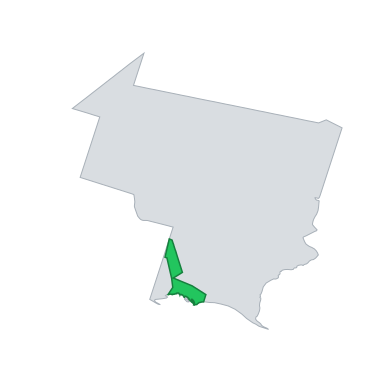 Chami, Inchiri, Mauritania shown in context, rotated 288°
{"feature_id": "47542326B60250303477597", "entity_name": "Chami", "entity_type": "district", "adm_level": 2, "iso_a3": "MRT", "parent_name": "Mauritania", "parent_adm1": "Inchiri", "projection": "robinson", "projection_center": [-16.149, 20.164], "detail": "fine", "context": "in_parent", "style": "filled", "palette": "green", "viewbox_px": 384, "rotation_deg": 288, "n_neighbors": 0, "source": "geoboundaries", "source_scale": "gbopen_adm2", "svg_char_len": 5457}
<svg xmlns="http://www.w3.org/2000/svg" viewBox="0 0 384 384"><g transform="rotate(288 192 192)"><path d="M167.8,330.2L167.4,330.0L165.3,328.4L164.3,326.5L162.6,325.0L160.4,324.1L158.9,323.0L158.2,321.8L157.4,320.9L156.5,320.5L156.4,320.1L156.6,319.5L156.4,318.3L155.1,315.8L153.8,314.7L152.8,314.9L152.2,314.6L151.8,314.0L151.7,313.2L150.9,312.5L149.7,312.2L148.7,310.3L147.9,306.9L146.9,304.2L145.7,302.3L144.8,301.6L144.2,301.5L144.0,301.2L143.8,300.6L142.9,300.4L141.5,301.0L140.4,300.8L139.8,299.9L139.0,299.8L137.9,300.6L136.8,300.4L135.5,299.1L134.8,297.9L134.7,296.7L132.5,294.3L128.4,290.7L123.8,289.1L118.9,289.3L116.2,289.1L115.6,288.5L115.0,288.6L114.3,289.2L113.7,289.4L113.0,289.0L112.6,289.3L112.4,290.2L110.7,290.7L107.4,290.7L104.7,291.3L102.7,292.4L99.9,292.9L96.2,292.7L93.9,292.3L93.2,291.6L92.1,291.5L90.7,291.8L89.5,293.6L88.4,296.8L87.5,298.6L86.8,299.1L86.0,301.5L85.6,305.5L85.0,307.3L85.0,297.3L86.0,293.5L86.4,290.3L88.6,283.0L91.3,277.1L93.8,269.2L94.8,261.6L94.4,254.2L93.7,247.5L92.4,243.1L91.2,236.8L89.4,233.4L86.1,230.5L85.4,228.8L86.2,228.2L88.2,227.7L89.4,225.5L86.7,226.3L89.9,219.3L90.8,214.6L90.7,211.5L91.3,209.5L88.9,205.4L87.0,200.1L86.1,199.3L85.1,198.8L85.0,200.1L84.5,201.2L83.3,200.5L81.3,196.7L78.5,190.4L77.5,189.8L76.6,190.6L76.1,191.5L75.1,196.7L74.8,194.6L75.2,192.2L75.9,189.2L76.8,185.0L79.2,185.0L83.6,185.0L92.5,185.0L96.9,185.0L105.7,185.0L110.1,185.0L119.0,185.0L123.4,185.0L132.2,184.9L136.7,184.9L145.5,184.9L149.9,184.9L152.8,184.9L152.6,182.0L152.5,179.6L152.3,176.5L152.1,173.3L151.9,170.2L151.7,167.2L151.5,164.3L151.3,161.6L151.2,159.0L150.9,157.6L150.0,154.7L149.8,153.3L150.0,151.8L150.6,150.4L152.3,147.8L154.9,145.8L157.9,143.5L160.2,141.8L161.4,141.4L164.9,140.7L167.8,139.4L170.5,138.1L171.6,137.4L171.7,135.0L171.3,81.1L184.8,81.1L188.4,81.1L213.3,81.1L216.8,81.1L234.9,81.1L234.9,78.6L234.8,75.0L234.8,70.0L234.7,64.9L234.5,56.1L234.4,52.4L238.1,54.9L245.3,59.8L248.9,62.3L256.2,67.2L263.4,72.1L270.7,77.0L274.4,79.5L278.0,82.0L281.7,84.4L285.3,86.9L292.6,91.8L295.7,93.9L300.4,97.2L304.8,100.3L309.2,103.4L302.5,103.4L293.5,103.4L287.4,103.4L281.2,103.4L275.3,103.4L275.9,108.5L276.5,114.0L277.1,119.6L277.8,125.1L278.4,130.6L280.3,147.2L280.9,152.8L281.6,158.3L282.2,163.9L282.8,169.4L284.1,180.5L284.8,186.0L285.4,191.5L286.0,197.1L286.7,202.6L287.3,208.1L288.6,219.2L289.2,224.7L289.8,230.3L290.5,235.8L291.1,241.3L291.7,246.9L292.4,252.4L293.0,258.0L294.3,269.0L294.9,274.6L295.5,280.1L296.2,285.6L296.8,291.0L299.1,293.8L302.1,297.4L301.3,302.4L300.4,308.3L299.4,314.9L291.3,314.9L283.4,314.9L263.5,314.9L259.6,314.9L239.7,314.9L235.7,314.9L228.1,314.9L225.8,314.7L225.0,314.2L224.7,310.8L224.0,311.1L223.2,312.0L222.8,313.1L223.0,314.5L222.8,315.7L220.3,316.2L216.9,317.0L213.2,317.6L209.6,317.4L208.3,317.1L207.0,316.7L204.1,316.2L202.5,316.1L200.7,316.2L198.5,316.5L197.9,317.1L196.3,319.6L194.7,322.6L193.7,322.5L192.5,321.0L189.4,317.9L185.5,314.0L183.8,312.0L182.8,311.7L181.0,313.2L179.5,314.5L177.8,316.4L177.1,318.3L176.5,320.5L176.3,323.0L175.7,326.0L174.4,328.4L172.8,330.3L171.7,331.1L171.2,331.6L167.8,330.2ZM88.1,221.1L86.9,223.3L86.3,222.5L86.1,221.1L87.2,219.0L87.7,218.0L88.7,217.6L88.1,221.1Z" fill="#d9dde1" stroke="#a8b0b8" stroke-width="1"/><path d="M131.0,194.6L131.5,194.1L135.8,191.0L136.4,190.7L137.6,189.7L140.1,187.9L140.1,187.5L140.2,186.9L140.3,184.9L121.6,186.5L121.6,188.5L104.1,199.0L103.2,199.5L95.3,203.2L87.0,200.9L87.1,201.5L87.4,201.7L87.6,202.0L87.9,202.4L88.1,202.7L88.2,203.0L88.3,203.4L88.3,203.9L88.4,204.2L88.4,204.4L88.6,204.9L88.8,205.1L88.8,205.4L88.6,205.4L89.0,206.0L89.3,206.4L89.4,206.7L89.5,206.7L89.5,207.1L89.7,207.3L89.9,207.4L90.4,208.6L90.6,208.4L90.9,208.4L91.1,208.7L91.3,209.2L91.7,209.9L91.7,210.7L91.3,211.0L91.2,211.3L91.2,211.7L90.9,211.9L90.7,212.1L90.4,212.3L90.6,212.3L90.8,212.7L91.0,212.9L91.1,213.0L91.0,213.5L91.3,213.7L91.3,213.8L91.2,214.0L91.2,214.4L91.1,214.6L91.2,214.9L91.1,215.1L90.7,215.6L89.5,216.9L89.5,217.1L89.6,217.4L89.9,217.4L90.3,217.2L90.6,217.3L90.6,217.6L90.5,217.8L90.6,218.2L90.7,217.8L90.8,217.8L90.8,218.1L90.8,218.3L90.8,218.8L90.9,219.1L90.8,219.4L90.7,219.6L90.6,219.9L90.3,220.1L90.2,220.3L90.1,220.6L90.3,220.9L90.1,221.2L89.9,221.6L89.7,221.9L89.6,221.7L89.4,221.8L89.1,222.1L88.9,222.4L88.9,222.7L88.9,222.9L88.7,223.1L88.4,223.4L88.3,223.7L88.3,223.9L87.9,224.6L87.7,224.8L87.6,225.1L87.4,225.3L87.4,225.6L87.1,226.1L87.0,226.6L86.7,227.1L86.5,227.7L86.9,227.8L87.0,228.0L87.1,227.8L87.3,227.1L87.2,226.2L87.5,226.1L87.9,225.9L88.1,225.6L88.3,225.3L88.5,225.2L88.6,225.5L88.3,226.1L88.1,226.3L88.0,226.6L88.0,226.8L88.2,226.6L88.5,226.2L88.7,225.7L89.0,225.5L89.1,225.4L89.3,225.2L89.6,225.0L89.7,224.9L89.8,224.8L90.0,225.0L90.0,225.3L89.8,225.6L89.7,225.7L89.6,226.0L89.5,226.3L89.4,226.5L89.2,226.8L89.0,227.0L88.9,227.2L88.7,227.5L88.4,227.7L88.2,227.9L87.9,228.1L87.7,228.3L87.3,228.5L87.0,228.7L86.8,228.7L86.6,228.7L86.3,228.5L86.2,228.5L86.1,228.4L85.9,228.3L85.3,228.4L85.1,228.4L85.1,228.7L85.3,228.8L85.3,229.3L85.8,229.3L85.8,229.6L85.9,230.0L86.1,230.4L86.2,230.6L86.4,231.1L86.4,231.3L87.0,231.6L87.6,231.9L87.8,232.1L88.2,232.3L88.4,232.5L88.6,232.6L88.9,232.9L89.1,233.1L89.3,233.5L89.5,233.9L89.7,234.2L89.9,234.4L90.1,234.8L90.3,235.1L90.5,235.3L90.6,235.7L91.0,236.7L91.1,236.9L91.1,237.0L98.7,236.9L102.8,221.1L103.3,214.9L103.7,209.5L104.4,200.8L112.6,207.7L125.8,198.2L127.5,197.0L131.0,194.6Z" fill="#22c55e" stroke="#15803d" stroke-width="1.5"/></g></svg>